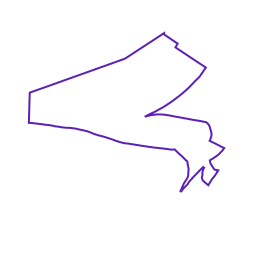 Kesm than Al Raml, Al Iskandariyah, Egypt (Albers equal-area conic projection), rotated 162°
{"feature_id": "37247803B61972877463363", "entity_name": "Kesm than Al Raml", "entity_type": "district", "adm_level": 2, "iso_a3": "EGY", "parent_name": "Egypt", "parent_adm1": "Al Iskandariyah", "projection": "albers", "projection_center": [29.979, 31.211], "detail": "fine", "context": "isolated", "style": "outline", "palette": "violet", "viewbox_px": 256, "rotation_deg": 162, "n_neighbors": 0, "source": "geoboundaries", "source_scale": "gbopen_adm2", "svg_char_len": 2851}
<svg xmlns="http://www.w3.org/2000/svg" viewBox="0 0 256 256"><g transform="rotate(162 128 128)"><path d="M109.4,194.9L122.4,194.5L194.7,192.4L210.5,192.0L212.4,186.8L220.7,163.5L217.8,162.5L214.6,160.9L209.9,158.8L206.4,157.0L202.7,155.4L199.4,153.7L197.8,152.8L196.0,151.7L193.7,150.8L191.5,149.5L188.3,148.0L186.1,147.1L183.3,146.1L179.4,144.3L177.3,143.2L175.2,141.9L174.2,141.3L171.9,140.0L168.0,137.6L165.7,135.9L161.7,132.5L158.6,130.3L155.1,128.1L153.3,126.9L148.9,123.8L145.7,121.4L144.6,120.4L142.4,118.8L141.2,117.9L136.8,115.0L135.4,114.3L134.9,114.1L132.8,113.2L120.5,106.9L109.4,101.4L106.6,100.2L101.4,97.8L99.9,97.2L97.0,95.8L93.8,94.2L92.8,93.8L90.2,93.2L89.9,92.5L87.5,88.0L86.8,86.8L86.4,86.2L85.3,84.2L83.1,79.8L82.0,78.0L82.0,77.3L82.6,74.3L82.7,72.8L82.8,72.0L83.0,70.3L84.1,67.8L84.8,66.0L84.8,65.8L84.9,65.7L85.7,63.8L85.8,63.6L85.9,63.4L87.5,61.7L90.0,59.6L91.9,58.1L97.6,51.6L97.8,50.9L97.8,51.0L97.7,51.0L96.2,51.8L94.4,53.1L91.9,54.4L89.2,55.8L88.3,56.4L86.3,58.2L84.2,59.3L83.5,59.6L83.4,59.7L82.4,60.4L79.1,62.2L73.0,65.4L68.6,67.7L67.9,66.7L68.1,66.5L68.3,66.3L68.9,65.8L69.3,65.3L70.1,64.3L70.5,63.5L71.1,62.3L71.9,59.9L72.3,59.4L72.6,59.1L72.7,58.9L72.8,58.7L73.1,58.0L73.1,57.8L73.1,57.7L73.2,55.7L73.0,54.8L72.9,54.7L72.3,53.6L70.5,50.6L70.1,50.0L69.3,48.8L63.9,53.4L61.1,55.2L60.3,55.7L57.3,58.1L55.3,59.8L55.5,59.9L55.6,60.0L55.8,60.1L56.1,60.4L56.5,60.6L56.8,60.3L57.6,61.1L58.6,61.8L59.3,64.0L60.1,67.1L60.5,68.7L60.5,69.1L60.4,70.1L60.2,71.9L58.8,72.3L57.7,72.5L56.1,72.9L54.8,73.3L54.0,73.5L52.9,73.8L52.3,74.0L52.1,74.1L51.9,74.2L50.6,74.6L49.5,75.0L48.9,75.4L48.1,75.8L47.1,76.4L46.1,76.9L45.1,77.4L44.2,78.1L43.2,78.8L42.7,79.2L43.5,79.9L46.1,82.5L47.2,83.6L51.3,87.7L52.7,89.0L54.3,90.6L53.4,91.5L52.7,92.6L51.8,93.8L51.1,94.8L51.0,95.0L50.2,97.2L50.1,99.2L49.9,104.4L50.0,104.7L50.0,105.0L50.3,106.4L51.8,109.4L53.9,110.5L57.3,112.4L64.3,116.0L65.5,116.7L66.3,117.1L67.3,117.6L68.0,118.1L69.0,118.6L69.9,119.1L70.7,119.5L71.5,119.9L71.7,120.0L71.9,120.1L72.5,120.5L73.4,121.0L74.4,121.5L75.3,122.0L76.0,122.4L76.6,122.7L77.8,123.3L79.6,124.3L82.7,126.0L84.6,127.1L86.1,127.8L88.4,129.0L89.5,129.5L90.5,129.9L92.0,130.5L92.9,130.9L93.5,131.1L94.2,131.3L94.5,131.4L94.7,131.5L95.4,131.7L96.3,131.9L97.7,132.3L99.1,132.6L99.6,132.7L100.8,132.9L101.8,133.1L102.9,133.2L104.3,133.3L105.2,133.4L107.7,133.5L108.3,133.6L108.6,133.6L107.9,133.7L100.6,134.8L98.7,135.0L97.0,135.2L95.9,135.4L94.2,135.8L92.0,136.2L90.3,136.5L89.2,136.7L87.5,137.1L86.2,137.4L85.1,137.7L83.2,138.2L81.1,138.8L79.6,139.2L77.5,139.8L76.6,140.2L75.9,140.4L74.1,141.1L73.9,141.1L73.6,141.2L70.7,142.2L67.7,143.3L65.2,144.3L61.7,145.8L59.0,147.0L57.0,147.9L54.3,149.4L52.2,150.5L49.8,151.8L47.0,153.2L44.2,154.6L35.3,161.4L58.0,190.0L54.7,192.9L64.7,205.7L64.3,207.1L109.4,194.9Z" fill="none" stroke="#5b21b6" stroke-width="2"/></g></svg>